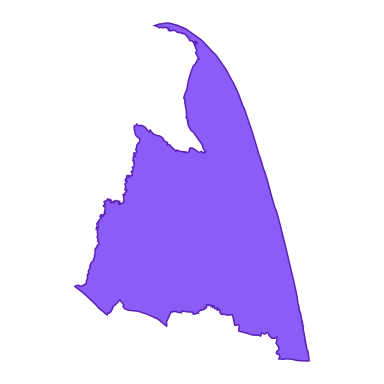 outline of Pak Phanang, Nakhon Si Thammarat, Thailand
{"feature_id": "78962969B48668485292625", "entity_name": "Pak Phanang", "entity_type": "district", "adm_level": 2, "iso_a3": "THA", "parent_name": "Thailand", "parent_adm1": "Nakhon Si Thammarat", "projection": "robinson", "projection_center": [100.145, 8.346], "detail": "fine", "context": "isolated", "style": "filled", "palette": "violet", "viewbox_px": 384, "rotation_deg": 0, "n_neighbors": 0, "source": "geoboundaries", "source_scale": "gbopen_adm2", "svg_char_len": 5991}
<svg xmlns="http://www.w3.org/2000/svg" viewBox="0 0 384 384"><path d="M124.4,308.6L128.4,310.2L137.9,311.2L146.9,314.1L158.0,319.1L166.5,326.2L166.9,324.8L166.3,324.5L166.7,323.0L166.4,322.3L166.6,321.6L171.0,312.0L172.4,312.1L172.7,311.5L173.6,311.4L174.6,311.7L175.3,311.3L177.7,312.3L181.4,312.8L181.8,311.0L188.5,312.0L190.8,311.9L192.7,312.5L193.2,313.3L193.1,314.0L194.3,314.3L195.1,313.7L198.3,313.3L198.6,313.0L198.5,311.9L200.6,309.9L201.2,310.3L201.4,310.0L202.8,309.9L202.9,309.6L203.6,309.3L204.2,309.4L204.9,308.6L204.8,308.0L205.7,308.1L206.6,307.1L206.7,305.8L206.4,305.5L206.8,305.2L206.8,304.7L207.8,304.9L208.7,305.6L210.0,304.5L210.8,305.3L211.1,306.5L211.9,305.5L212.5,305.6L212.8,307.3L214.0,306.3L214.1,307.1L215.1,308.8L217.8,307.8L218.0,308.7L217.0,309.2L217.0,309.9L217.9,310.3L218.6,309.6L219.9,310.2L220.1,313.1L221.5,314.3L225.9,314.5L227.5,315.2L231.0,314.7L232.2,315.1L232.8,316.0L234.7,325.1L235.5,325.6L238.4,324.7L239.3,325.7L238.6,330.4L239.0,331.2L247.4,333.3L251.8,334.8L254.4,335.2L258.6,335.1L260.5,336.1L261.5,333.4L262.0,333.0L264.8,334.1L267.4,332.5L268.2,333.0L269.0,335.3L271.5,338.1L274.0,338.4L275.4,338.0L276.2,337.2L276.9,337.2L277.1,337.8L276.9,340.2L276.0,343.1L278.2,346.3L279.1,349.5L278.6,350.3L276.8,351.2L276.3,352.8L277.0,354.1L279.0,354.5L279.4,355.1L279.7,357.2L278.8,358.9L283.5,359.3L285.9,358.8L290.9,359.1L298.0,360.6L307.5,361.0L309.2,360.7L307.8,350.7L306.7,349.4L306.7,347.1L306.2,346.6L306.2,345.0L305.7,344.3L305.6,343.4L305.9,342.9L305.4,342.4L305.2,341.2L305.5,340.5L305.0,339.9L305.1,339.1L304.7,338.4L304.9,337.6L304.3,335.5L304.4,334.7L303.2,329.5L303.3,328.7L302.9,327.3L303.2,327.1L302.9,326.8L302.7,325.7L303.1,325.5L302.6,325.1L302.5,324.4L302.7,324.0L302.2,323.5L302.5,322.8L302.0,322.3L302.3,321.8L301.9,321.4L302.0,320.6L301.7,320.1L300.9,315.4L300.2,311.9L299.8,311.8L299.4,310.4L298.6,305.3L298.1,304.3L296.7,294.9L294.4,284.1L285.6,246.8L278.8,219.6L276.1,210.0L275.2,208.6L272.2,198.5L267.7,181.6L264.4,170.8L263.4,168.7L260.3,157.9L258.9,154.4L252.5,132.8L244.5,109.1L242.3,104.3L237.8,92.2L233.2,82.6L231.5,79.8L226.1,69.6L215.7,54.7L213.1,52.5L206.2,44.9L201.2,39.8L186.5,29.4L184.1,28.1L177.3,25.3L171.2,23.6L168.1,23.0L163.9,23.3L163.3,23.7L159.5,24.0L154.6,25.6L157.6,26.7L159.2,27.8L160.3,27.3L163.0,27.8L164.6,27.2L165.9,27.5L168.1,28.7L168.6,28.4L168.3,29.9L168.7,30.2L169.4,29.9L169.3,30.7L169.7,30.9L173.8,30.4L175.0,30.5L177.4,32.3L178.8,32.6L180.0,32.4L181.8,33.3L182.1,33.2L182.3,33.5L185.3,34.2L189.3,39.3L189.7,40.6L192.1,40.9L193.1,41.7L193.1,42.2L193.7,42.8L194.4,42.3L194.7,41.5L194.6,42.1L195.1,41.5L195.9,41.9L195.1,41.8L194.1,43.0L194.6,44.9L196.1,42.8L196.2,42.1L197.4,43.1L195.2,45.0L195.1,45.5L195.6,47.6L196.9,50.5L195.6,52.5L198.9,59.1L197.9,58.9L195.1,64.4L193.4,65.8L191.5,70.4L188.6,79.8L186.8,89.4L184.8,94.1L183.7,98.2L183.9,98.6L185.1,99.2L184.8,100.9L185.0,102.1L184.7,102.6L185.3,104.0L185.3,106.0L186.2,109.6L186.5,113.9L186.3,114.6L186.9,116.3L186.1,117.3L188.0,120.6L188.0,121.0L187.4,121.1L188.5,126.1L191.4,130.9L192.9,131.6L201.9,144.2L203.3,148.6L205.0,150.9L205.8,151.5L204.9,152.4L204.2,152.2L203.6,153.0L201.4,151.4L201.1,151.8L198.8,152.4L194.5,149.3L192.7,148.2L191.0,147.8L190.2,148.5L189.6,148.3L189.3,151.3L187.7,152.6L185.3,151.9L185.0,152.4L184.7,151.8L183.8,151.7L183.9,152.1L183.3,152.3L182.8,151.7L180.0,151.3L176.9,150.1L176.3,150.4L176.2,151.3L175.8,151.3L175.3,150.4L172.3,147.7L169.6,144.8L168.4,144.5L167.5,145.0L167.2,144.9L167.5,142.5L163.6,140.6L163.7,139.4L162.2,137.6L159.7,136.0L156.8,135.5L153.6,134.2L152.6,133.2L150.2,130.1L149.0,131.9L145.0,127.2L144.0,126.5L141.7,125.4L138.5,125.7L136.8,124.1L136.3,124.5L135.6,126.0L134.2,126.0L134.3,129.6L135.4,134.3L136.4,136.1L139.3,138.6L139.7,139.5L139.8,140.9L139.3,142.2L138.0,143.3L136.7,145.5L136.4,147.9L135.7,149.6L136.7,151.5L136.6,152.4L135.7,153.3L134.2,152.8L133.7,153.6L134.0,154.9L135.3,155.5L135.4,156.0L135.0,156.5L133.8,156.2L133.3,157.0L133.2,159.3L132.9,160.5L133.1,160.9L134.4,161.3L133.8,163.1L134.4,165.5L133.7,166.6L132.3,167.3L133.0,169.0L132.9,171.3L132.6,171.5L131.6,171.1L131.3,171.5L131.3,171.9L132.2,172.9L132.0,174.0L132.3,175.3L132.0,175.6L130.5,175.7L129.3,177.3L128.9,176.9L129.3,175.9L129.0,175.4L126.9,175.7L126.5,176.5L127.0,178.0L125.9,178.7L125.4,179.7L125.2,180.6L125.5,181.1L126.7,180.9L127.1,181.4L126.4,182.9L125.0,183.8L125.6,186.4L125.0,189.9L125.4,190.2L126.6,189.6L126.9,190.4L126.5,191.5L125.1,192.7L125.0,194.3L124.3,194.7L123.5,194.3L123.0,194.6L123.1,195.0L124.1,195.6L123.5,197.1L124.0,199.1L123.8,200.7L124.0,201.9L122.9,202.5L122.0,203.6L121.3,203.7L120.4,203.3L119.7,204.3L119.1,204.5L118.6,204.2L118.4,203.5L119.7,202.5L119.9,201.9L119.4,201.3L118.1,201.3L117.2,200.5L116.0,201.4L114.8,200.6L113.9,201.6L114.2,202.4L114.1,203.0L113.7,203.0L112.8,201.7L111.2,202.8L110.5,202.1L111.2,200.8L110.6,199.6L110.2,199.5L109.3,200.6L108.2,198.9L107.3,199.3L107.0,200.5L106.0,200.6L104.1,201.7L105.4,204.4L104.3,204.6L103.4,206.0L103.9,206.6L105.2,206.9L104.9,210.7L104.2,213.0L104.7,213.4L105.3,213.3L105.3,213.7L103.6,214.7L103.4,216.2L101.9,216.6L101.8,214.7L101.3,214.5L99.9,216.2L101.1,217.9L98.4,221.1L98.7,222.6L97.6,222.6L97.2,223.4L96.8,223.7L96.8,224.4L97.8,224.8L98.4,226.1L97.8,227.2L98.2,227.9L97.5,228.0L96.7,226.9L96.1,229.1L97.6,230.2L97.3,232.3L97.8,233.9L97.1,237.4L98.4,239.3L97.7,241.1L99.1,243.2L99.3,243.9L97.5,245.1L97.4,245.9L97.0,246.1L96.6,247.4L96.2,247.5L96.1,248.5L95.1,249.0L95.1,254.1L94.5,255.3L94.6,257.3L93.7,258.5L93.1,261.1L91.4,262.4L90.0,265.6L90.0,267.6L88.3,271.3L88.7,274.0L87.6,274.3L87.3,275.4L87.6,277.9L86.4,280.8L86.5,281.9L85.9,283.9L84.5,284.3L82.6,285.7L81.2,286.1L79.8,286.0L79.3,285.5L78.2,285.3L75.2,286.1L74.8,286.5L82.2,292.1L86.8,296.1L95.8,304.7L99.2,308.6L107.1,314.9L107.8,313.3L108.2,313.4L108.6,313.0L109.2,313.2L110.3,311.8L110.8,311.9L112.9,307.7L112.6,307.2L112.9,306.7L116.3,303.9L119.8,300.1L123.8,304.7L123.0,306.3L124.4,308.6Z" fill="#8b5cf6" stroke="#5b21b6" stroke-width="1.5"/></svg>